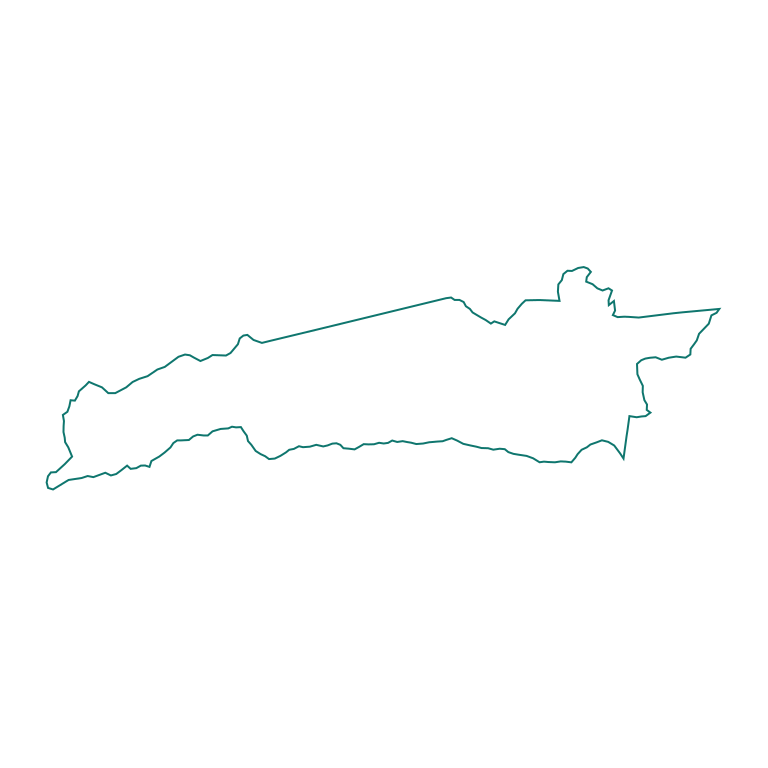 the district of Ibiapina, Ceará, Brazil, rotated 5°
{"feature_id": "56859067B1418579052728", "entity_name": "Ibiapina", "entity_type": "district", "adm_level": 2, "iso_a3": "BRA", "parent_name": "Brazil", "parent_adm1": "Ceará", "projection": "robinson", "projection_center": [-41.013, -3.951], "detail": "fine", "context": "isolated", "style": "outline", "palette": "teal", "viewbox_px": 768, "rotation_deg": 5, "n_neighbors": 0, "source": "geoboundaries", "source_scale": "gbopen_adm2", "svg_char_len": 3077}
<svg xmlns="http://www.w3.org/2000/svg" viewBox="0 0 768 768"><g transform="rotate(5 384 384)"><path d="M157.6,487.0L159.0,481.0L162.6,478.5L166.4,475.9L171.4,471.4L176.8,465.8L179.3,461.2L182.9,458.2L187.2,457.8L194.5,456.8L198.4,452.9L202.6,450.8L209.1,451.0L213.0,450.6L217.3,446.1L225.2,443.0L232.7,441.8L236.3,439.8L240.4,440.1L245.2,439.4L248.2,443.3L251.8,447.4L253.5,452.7L257.1,456.1L262.0,461.9L267.2,464.6L271.9,466.3L276.0,468.8L281.7,467.8L287.1,464.6L292.3,460.7L295.3,457.8L299.9,456.5L304.7,453.4L308.8,454.0L315.6,452.9L321.8,450.5L328.9,451.5L333.2,450.1L337.7,447.9L341.8,447.2L345.8,448.4L349.2,451.5L354.6,451.5L360.4,451.7L364.7,448.8L369.0,445.7L373.9,445.5L379.3,444.9L384.2,443.0L388.9,443.3L393.2,442.3L397.1,439.6L402.2,440.6L407.6,439.3L412.0,439.8L416.1,440.1L421.4,441.0L428.1,439.9L434.1,438.1L438.2,437.4L442.1,436.7L447.4,435.9L451.1,434.2L456.2,432.1L461.8,434.0L468.2,436.7L475.5,437.7L481.5,438.4L486.7,439.3L493.3,438.9L498.6,439.9L504.9,438.4L510.0,438.4L513.8,441.0L519.0,442.3L524.2,442.7L532.3,443.2L539.0,445.0L545.8,448.4L550.1,447.4L554.6,447.4L561.1,447.1L566.8,445.7L571.7,445.5L577.5,445.7L581.0,440.8L583.0,437.0L586.6,432.3L591.6,429.4L594.9,426.3L600.9,423.6L606.0,421.1L612.4,422.1L618.7,425.2L625.3,432.6L629.1,437.4L630.2,414.6L630.6,408.6L631.3,394.6L638.6,395.1L643.3,393.9L647.4,393.2L651.9,389.3L648.0,386.9L647.8,381.5L644.8,377.4L642.4,369.7L642.0,363.3L638.4,357.3L635.6,352.2L634.3,342.0L638.2,337.9L642.1,335.9L646.6,334.7L652.3,333.7L658.7,335.6L665.4,333.0L672.7,331.2L682.1,331.5L686.6,327.9L686.4,322.2L689.4,317.4L691.8,313.3L693.5,306.5L698.2,300.7L702.3,295.6L704.2,287.1L709.1,284.1L711.5,280.0L675.0,286.6L666.2,288.3L632.0,295.6L622.1,295.8L617.6,296.0L610.9,297.0L606.0,295.4L607.8,290.7L605.8,281.3L601.1,285.8L600.4,281.0L603.0,271.0L599.3,269.1L593.6,271.8L588.2,270.1L583.1,266.4L576.5,264.4L576.7,259.9L580.3,254.3L576.9,251.2L572.8,250.1L567.3,251.5L561.4,255.0L556.9,255.2L553.1,258.9L552.1,265.0L549.0,269.6L549.2,276.9L551.6,285.9L540.3,286.4L531.6,286.8L517.7,288.3L514.3,292.1L510.5,297.4L508.3,302.2L502.5,308.7L499.5,314.6L493.9,313.3L488.4,312.0L485.2,314.5L479.7,311.4L475.1,309.4L470.1,307.0L466.0,305.0L463.0,301.7L458.8,299.4L456.2,295.4L451.9,293.7L447.0,294.1L443.3,292.0L438.4,293.1L314.1,335.1L266.7,351.0L258.8,353.7L250.2,351.5L243.6,347.0L239.7,348.0L236.3,351.2L235.0,357.1L228.4,366.5L224.1,369.4L210.6,370.1L206.3,373.4L199.1,377.1L192.2,374.2L188.1,372.3L183.2,372.0L176.9,374.8L164.1,386.1L157.0,389.3L147.8,396.8L139.7,400.2L133.4,403.9L127.5,409.8L117.1,416.5L110.1,417.1L103.3,411.9L95.5,409.5L89.9,407.6L86.9,411.4L80.7,417.9L79.8,422.7L77.5,427.5L73.2,427.5L72.5,433.7L71.0,439.3L66.8,442.8L68.4,448.8L68.5,453.9L68.9,459.8L70.6,465.3L71.4,469.7L75.0,474.6L79.6,483.5L73.0,491.6L64.9,500.4L59.9,501.1L57.3,505.2L56.5,511.5L58.4,516.8L63.5,517.9L78.1,507.1L91.0,504.0L96.8,501.5L102.6,502.1L114.1,496.7L119.9,498.9L125.1,497.0L129.8,492.8L135.2,487.7L139.0,490.6L144.6,489.4L148.9,486.5L153.1,486.0L157.6,487.0Z" fill="none" stroke="#0f766e" stroke-width="2"/></g></svg>